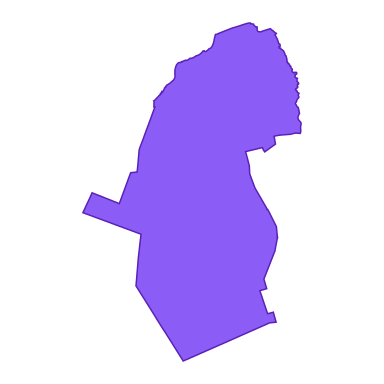 Noordenveld, Drenthe, Netherlands
{"feature_id": "6326949B11636300368491", "entity_name": "Noordenveld", "entity_type": "district", "adm_level": 2, "iso_a3": "NLD", "parent_name": "Netherlands", "parent_adm1": "Drenthe", "projection": "albers", "projection_center": [6.459, 53.095], "detail": "fine", "context": "isolated", "style": "filled", "palette": "violet", "viewbox_px": 384, "rotation_deg": 0, "n_neighbors": 0, "source": "geoboundaries", "source_scale": "gbopen_adm2", "svg_char_len": 5399}
<svg xmlns="http://www.w3.org/2000/svg" viewBox="0 0 384 384"><path d="M230.0,28.9L218.1,33.6L218.2,33.8L217.1,34.2L215.8,34.4L215.4,34.5L214.1,39.9L214.0,40.7L213.5,42.9L213.2,43.5L212.6,45.2L211.8,46.7L210.9,47.9L210.3,48.3L209.3,48.6L208.8,49.0L208.0,49.9L206.4,51.2L205.2,51.6L204.5,51.3L204.3,50.8L203.0,51.0L202.0,52.3L201.2,53.0L201.0,53.4L198.7,55.0L196.9,55.6L196.0,55.9L193.4,57.6L191.0,58.4L190.2,58.2L188.0,59.8L186.2,60.5L185.4,60.2L182.3,61.5L181.6,61.7L181.8,62.1L180.4,62.4L178.6,62.7L178.3,62.9L177.9,63.4L177.6,63.5L177.1,64.1L176.5,64.9L176.3,65.3L175.7,66.9L175.1,69.3L175.0,70.0L174.9,70.8L174.9,71.8L174.9,72.1L174.9,72.7L174.9,73.0L174.9,73.9L175.0,76.7L175.0,77.4L174.8,77.8L174.1,79.0L173.8,79.7L173.6,80.0L173.1,80.4L169.7,83.4L167.4,84.8L166.6,85.3L165.2,87.2L165.4,87.3L164.5,88.1L164.5,88.4L164.3,88.7L164.3,88.8L163.5,90.3L162.8,91.8L161.8,91.4L161.7,91.7L161.7,92.4L161.6,92.9L161.6,93.2L161.2,93.1L161.1,93.5L160.9,93.7L160.7,93.7L160.6,94.0L160.4,93.8L160.3,94.2L160.0,94.5L159.8,95.1L159.4,95.3L159.0,95.6L158.8,95.9L158.3,96.5L156.6,98.2L156.5,98.4L154.2,100.7L153.8,100.9L153.9,101.0L154.0,101.7L154.0,102.1L154.0,102.5L154.0,102.9L154.0,103.5L153.9,103.9L154.0,105.0L153.9,107.0L154.9,107.0L152.8,112.6L150.4,119.3L144.6,134.9L143.1,139.2L140.7,145.4L139.3,149.3L139.1,150.5L138.3,159.6L138.0,163.5L137.1,172.0L130.7,172.7L130.3,173.7L129.3,176.4L128.6,178.2L128.0,179.9L126.0,185.4L123.8,191.4L119.3,203.6L92.1,192.8L89.9,197.7L88.7,200.3L87.1,203.6L82.9,212.7L141.0,234.2L140.8,236.5L139.9,243.6L140.0,243.7L139.9,243.8L139.4,248.4L138.3,258.2L136.0,285.9L155.9,317.6L156.6,318.9L162.7,328.6L165.1,332.2L167.5,336.0L183.2,361.0L218.0,345.7L269.5,322.9L276.1,322.2L273.3,312.2L272.9,312.4L272.7,312.4L267.6,313.7L264.3,303.9L263.3,300.9L261.3,294.9L259.8,290.7L266.7,288.7L263.9,279.1L274.4,252.3L274.9,251.3L274.9,251.1L275.7,246.6L277.4,237.8L277.3,237.2L277.5,237.3L277.1,234.1L276.4,226.7L276.0,225.8L270.2,214.2L269.7,213.1L267.6,209.3L267.0,209.5L267.0,209.3L266.4,207.7L266.0,207.0L255.5,188.9L255.1,188.1L254.7,187.3L249.8,174.1L249.7,173.6L249.4,166.8L249.3,165.7L247.7,159.4L245.6,151.6L262.4,147.6L263.3,149.8L263.7,150.4L264.7,151.9L275.5,144.1L274.1,136.2L277.6,135.5L280.2,135.1L290.4,134.3L295.3,133.1L295.9,133.1L300.2,133.4L300.6,132.4L300.8,131.7L300.8,131.1L300.6,127.9L300.6,127.5L300.6,126.6L301.1,124.3L301.1,124.0L301.1,123.5L301.0,122.9L300.6,122.1L298.9,120.2L298.5,119.6L298.2,118.9L298.1,118.5L298.0,118.0L298.0,117.6L298.0,116.9L298.2,116.1L299.2,114.0L299.4,113.7L299.5,113.3L299.5,113.1L299.2,112.2L299.0,110.8L299.0,110.5L298.7,109.5L298.4,108.7L298.4,108.0L298.3,107.7L298.2,107.5L297.9,107.2L296.9,106.5L296.7,106.2L296.6,105.9L296.3,105.0L296.2,104.8L295.6,104.1L295.4,103.7L295.4,103.4L295.5,102.9L295.6,102.7L296.3,102.0L296.5,101.7L296.7,100.8L296.9,100.0L297.1,99.5L297.3,99.3L298.7,97.7L298.8,97.5L298.9,97.2L298.9,96.9L298.8,96.5L298.4,95.9L298.2,95.4L298.3,94.9L298.3,94.7L298.8,93.8L299.0,93.3L298.8,93.1L298.5,93.0L297.5,92.3L297.3,92.1L297.2,91.9L297.3,91.6L297.0,91.0L296.8,90.8L296.4,90.8L295.8,90.0L295.5,89.4L295.6,89.2L295.8,88.8L295.9,88.7L296.3,88.7L296.5,88.7L296.7,88.2L296.9,88.1L297.4,87.7L297.7,87.3L297.8,86.9L297.8,86.7L297.5,86.5L297.3,86.2L297.3,85.9L297.3,85.6L297.5,85.3L297.4,85.2L297.4,84.6L297.6,84.2L297.8,84.0L298.3,84.1L298.5,84.1L298.6,83.9L298.6,83.4L298.6,83.1L298.0,82.3L297.5,81.8L297.2,81.5L297.0,81.2L297.0,80.9L297.1,80.4L297.1,80.0L297.0,79.7L297.0,79.3L297.1,79.1L297.4,78.6L297.5,78.5L297.5,78.3L297.4,78.2L296.6,78.1L295.7,77.7L295.4,77.5L295.3,77.4L295.2,77.3L295.1,77.0L295.0,76.6L295.0,76.3L295.3,75.7L295.2,75.5L295.0,75.3L295.0,75.1L295.2,74.8L296.1,74.3L296.5,74.1L296.7,73.9L296.5,73.4L296.5,73.1L296.7,72.9L296.3,72.5L296.2,72.4L296.0,72.6L295.5,72.5L295.1,72.2L294.7,72.3L294.1,72.9L293.8,73.0L293.7,73.0L293.5,72.9L293.3,72.7L292.9,72.0L292.2,71.8L292.1,71.7L292.0,71.0L292.0,70.7L292.3,70.1L292.4,69.6L292.1,68.9L291.3,68.3L291.1,68.0L290.8,67.1L290.8,66.8L290.9,66.4L290.8,66.2L290.7,66.1L290.2,66.2L289.9,66.1L289.5,64.5L289.1,64.1L289.0,63.8L288.9,63.7L288.5,63.9L288.3,63.8L288.2,63.7L288.1,63.4L288.2,63.2L287.7,63.0L287.5,62.7L287.4,62.6L287.6,62.2L287.3,61.7L287.0,61.5L286.8,61.3L286.9,61.1L287.0,60.7L286.8,60.5L286.8,60.3L286.8,59.9L287.0,59.2L286.8,58.8L286.5,58.0L286.5,57.5L286.3,56.7L285.9,55.7L285.5,55.6L285.0,54.8L285.0,54.6L285.0,54.1L284.9,53.8L284.7,53.4L283.9,51.6L283.6,50.9L283.3,50.7L283.1,50.6L282.4,49.9L282.1,49.7L281.1,49.4L280.9,48.8L280.9,48.4L280.8,48.2L280.6,48.0L280.1,48.0L279.4,48.2L279.1,47.9L279.1,47.1L279.0,46.7L279.1,46.4L280.2,46.0L280.3,46.0L280.3,45.6L280.0,44.9L279.9,44.2L279.6,43.9L279.1,43.8L278.7,43.6L278.6,43.3L278.5,42.5L277.7,40.3L277.5,39.8L277.5,39.4L277.4,39.2L277.0,38.5L275.0,34.8L275.2,34.5L276.3,33.7L276.2,33.6L276.1,33.3L276.1,33.2L275.9,33.1L275.7,33.1L273.1,31.0L272.9,30.8L272.9,30.5L272.5,30.4L272.0,30.2L270.9,29.1L270.5,28.8L270.1,28.7L262.8,31.0L261.5,31.5L260.7,31.8L260.2,31.9L259.3,31.7L258.7,31.8L258.5,31.7L258.1,31.5L257.8,31.3L257.6,31.0L257.5,30.9L257.3,30.1L257.2,29.5L257.1,28.4L257.1,28.1L257.1,27.8L257.2,27.6L257.2,27.4L257.0,26.8L256.1,27.1L254.4,25.7L254.1,25.3L253.8,24.9L253.6,24.1L250.9,23.8L250.7,23.8L250.6,23.6L250.6,23.1L250.4,23.0L248.6,23.1L247.5,23.3L246.7,23.5L246.2,23.7L244.7,24.1L238.1,26.3L232.0,28.1L230.0,28.9Z" fill="#8b5cf6" stroke="#5b21b6" stroke-width="1.5"/></svg>